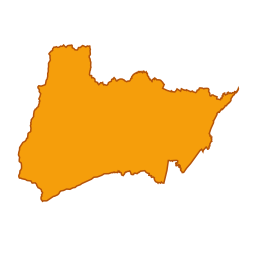 the district of Kui Buri, Prachuap Khiri Khan, Thailand, rotated 4°
{"feature_id": "78962969B26279095645158", "entity_name": "Kui Buri", "entity_type": "district", "adm_level": 2, "iso_a3": "THA", "parent_name": "Thailand", "parent_adm1": "Prachuap Khiri Khan", "projection": "equal_earth", "projection_center": [99.804, 12.111], "detail": "fine", "context": "isolated", "style": "filled", "palette": "amber", "viewbox_px": 256, "rotation_deg": 4, "n_neighbors": 0, "source": "geoboundaries", "source_scale": "gbopen_adm2", "svg_char_len": 5723}
<svg xmlns="http://www.w3.org/2000/svg" viewBox="0 0 256 256"><g transform="rotate(4 128 128)"><path d="M235.3,80.9L235.0,82.0L233.5,84.5L231.9,84.2L231.4,85.3L229.7,85.5L229.3,86.1L228.4,86.4L227.5,85.9L226.9,86.4L225.5,85.3L224.9,85.9L225.0,86.6L224.6,86.4L224.5,87.4L223.5,87.7L223.1,88.2L222.1,87.5L222.0,86.4L221.6,86.5L220.3,87.6L220.6,88.2L220.3,88.8L220.4,89.5L219.8,89.4L219.8,90.6L219.6,90.7L219.5,91.9L218.6,91.8L218.3,93.3L214.5,92.8L214.4,92.4L214.7,90.7L211.6,89.8L210.5,89.1L209.2,89.3L208.5,90.4L207.6,90.0L207.3,89.3L207.3,88.3L206.8,87.1L205.9,86.0L206.0,84.0L205.4,83.1L204.1,82.9L201.6,83.2L201.0,83.6L199.2,83.0L196.8,83.0L196.3,83.4L196.0,84.9L194.4,85.5L194.0,86.9L193.1,88.0L190.3,87.3L189.7,86.6L188.0,87.4L183.8,85.9L183.7,86.5L182.1,86.1L181.6,86.4L178.5,85.1L177.9,87.6L174.2,85.6L173.6,87.0L172.2,88.8L169.5,88.7L169.4,88.3L168.6,87.8L168.2,88.7L164.2,87.7L159.8,86.0L161.1,82.0L160.2,81.4L159.5,80.2L157.2,78.1L155.9,77.8L153.2,77.9L152.7,77.2L151.3,76.3L151.0,77.6L150.2,77.0L149.1,78.1L148.6,78.9L148.8,80.0L148.6,80.0L148.2,79.1L146.8,78.1L146.6,78.3L146.3,78.0L146.2,77.2L145.9,77.2L145.2,76.4L145.0,75.4L144.4,75.0L143.7,74.0L143.5,72.2L142.9,72.2L142.9,71.8L142.4,71.3L142.2,70.7L141.6,71.2L140.9,71.4L139.9,70.3L139.7,70.6L139.2,70.5L139.2,71.1L138.8,71.9L138.1,71.5L138.0,71.1L137.3,71.1L137.0,70.7L136.5,71.1L135.6,71.0L135.6,71.3L135.2,71.0L135.1,71.4L134.2,71.2L133.8,72.1L133.0,72.1L133.1,72.5L132.6,72.8L131.6,72.7L130.5,73.8L129.8,74.1L128.1,76.8L128.3,78.0L127.7,78.1L127.4,78.5L127.3,79.2L126.8,80.4L126.1,81.1L125.1,81.1L124.7,81.5L124.3,81.3L123.4,81.9L121.8,81.3L120.5,80.2L120.0,80.2L119.2,79.7L117.5,79.6L116.0,80.0L115.2,80.6L114.8,80.6L114.0,81.7L113.4,81.9L112.8,81.6L112.3,80.4L110.6,78.7L109.8,79.7L109.8,80.3L108.9,80.3L108.3,80.9L108.1,82.6L106.2,83.5L105.3,84.3L105.0,85.6L104.1,86.7L103.5,86.9L101.4,86.3L100.9,86.7L99.8,85.5L99.5,84.3L98.5,84.9L97.6,84.7L95.9,86.8L95.4,86.1L94.7,85.8L94.5,84.7L91.9,84.0L91.7,82.4L91.3,81.2L89.6,80.2L88.3,80.4L88.1,78.4L87.5,78.1L86.4,78.3L85.8,77.3L86.0,74.0L86.4,72.6L86.5,70.7L86.8,70.1L86.4,68.6L86.3,64.8L85.9,64.3L85.3,61.7L84.3,60.0L84.3,58.7L84.8,58.3L85.3,57.0L84.7,53.4L85.0,52.5L84.4,50.7L84.2,49.0L83.7,48.9L82.7,49.3L81.7,49.0L80.3,50.1L77.1,48.9L75.7,50.0L75.1,50.9L73.0,51.2L72.3,53.4L71.8,53.8L69.6,53.7L68.5,52.5L66.8,51.8L66.5,49.6L66.1,49.2L65.2,49.7L64.4,49.4L63.6,49.9L62.7,49.8L61.8,50.3L60.6,51.8L59.0,50.8L58.0,49.7L56.9,51.0L56.2,51.2L55.1,51.0L53.7,52.2L52.0,52.5L50.8,51.9L49.7,52.5L48.5,52.5L47.3,54.4L47.3,55.9L45.9,56.8L44.0,59.3L44.0,59.7L45.2,61.1L45.3,63.4L45.8,65.7L44.2,69.0L44.5,72.4L44.3,74.4L44.5,76.1L44.5,77.9L44.1,79.0L44.3,82.1L43.9,84.8L43.1,86.1L42.6,90.1L42.2,90.7L38.5,92.3L36.1,92.1L35.3,93.2L35.4,94.2L36.9,96.0L36.9,97.9L38.5,99.8L38.0,102.7L37.1,105.0L37.2,105.6L38.0,106.5L38.1,107.6L37.6,108.0L37.9,109.1L37.1,111.8L37.2,112.8L36.0,113.8L34.9,115.5L34.1,115.8L33.7,117.1L33.2,117.6L32.9,121.7L33.1,123.1L30.9,126.6L31.0,128.1L30.6,129.7L31.0,130.9L30.5,132.2L31.2,134.9L31.2,138.1L30.7,138.8L30.0,139.1L28.7,140.4L28.5,145.1L27.6,145.4L27.3,146.9L26.4,148.3L24.1,149.8L21.3,155.0L21.3,157.6L20.8,159.7L20.6,162.5L21.9,164.7L21.7,167.5L21.9,169.0L24.0,170.5L24.5,173.5L24.6,175.8L24.0,177.3L23.3,178.1L23.1,181.1L22.4,182.9L22.5,184.3L23.2,185.5L24.5,185.5L25.7,186.0L29.3,186.5L31.0,187.4L34.8,187.6L36.2,189.6L39.3,189.2L40.7,190.5L41.0,191.6L42.5,193.8L43.9,194.3L45.7,195.4L46.3,197.3L47.2,198.2L47.1,199.4L46.4,200.7L46.8,201.9L46.1,202.9L46.2,204.8L46.6,205.7L47.4,206.3L47.8,207.1L48.9,206.5L51.4,206.4L52.4,206.1L58.2,201.5L59.6,201.1L62.4,199.6L63.6,198.3L64.6,196.2L65.4,195.5L68.1,194.8L70.9,193.2L74.4,193.2L77.2,191.5L79.4,191.0L81.0,189.4L84.5,187.8L85.7,186.7L95.1,181.6L97.4,179.5L100.7,179.0L105.1,177.0L107.5,175.3L111.8,174.9L114.9,173.6L116.0,173.7L116.2,173.3L117.3,172.9L117.8,173.4L119.5,173.0L120.4,173.3L120.8,173.1L121.2,171.6L122.3,172.6L122.6,172.0L123.3,172.8L124.3,173.2L124.9,175.2L126.5,175.8L127.9,173.6L127.9,173.1L128.7,172.1L129.4,172.1L130.1,171.5L132.0,171.1L132.6,170.7L133.2,171.2L134.5,174.0L135.8,174.2L136.2,173.9L136.8,174.0L137.2,172.9L138.0,172.5L140.3,172.9L141.7,171.5L142.0,171.6L143.5,170.2L147.7,169.4L149.2,171.0L151.0,171.8L152.3,171.9L152.1,173.7L154.6,173.9L154.4,174.8L154.8,175.4L155.2,175.6L155.9,175.2L156.8,175.2L157.8,175.9L157.6,176.5L158.1,177.9L159.1,179.4L159.9,179.9L161.2,180.2L161.8,180.9L162.1,180.3L163.6,180.3L164.3,180.7L165.0,179.5L166.0,180.4L167.6,180.5L169.8,167.4L170.5,157.6L171.8,157.5L172.6,157.9L174.2,157.4L174.7,158.0L175.4,157.3L176.8,157.1L179.0,156.9L179.8,157.2L180.0,158.4L179.5,159.6L179.1,160.0L178.8,159.3L178.2,159.5L178.1,160.2L178.6,160.6L178.4,161.5L178.5,162.2L178.8,162.3L179.4,161.5L180.7,162.2L181.2,161.0L182.4,161.7L182.6,162.3L181.8,162.3L181.7,163.6L182.6,163.8L182.8,164.2L183.3,164.2L183.7,165.2L183.3,166.1L183.9,167.0L184.8,167.7L185.2,168.7L186.1,168.6L186.7,168.3L189.3,163.9L192.9,159.1L201.5,145.3L202.9,144.1L204.4,146.4L204.6,145.0L207.3,141.6L208.0,142.2L208.9,143.6L209.4,143.5L209.8,143.0L210.3,142.2L210.1,140.7L210.3,140.3L210.9,140.1L210.7,138.4L211.8,135.8L212.5,135.4L212.1,134.6L212.3,133.2L211.9,133.1L211.7,132.7L212.2,131.3L211.4,131.2L211.2,130.1L210.3,130.2L210.1,128.5L209.4,128.0L210.7,122.9L212.9,116.9L213.0,115.6L212.6,114.7L213.2,114.3L214.2,112.1L215.8,108.4L215.6,107.4L216.4,106.4L217.1,105.7L217.7,105.9L218.0,106.6L218.0,105.9L219.7,102.9L220.3,102.5L220.6,103.1L221.1,102.7L223.1,100.1L223.5,98.9L224.7,98.9L225.4,97.3L226.3,96.7L226.9,95.7L227.3,95.7L228.7,93.6L228.8,92.8L228.6,91.8L230.5,88.3L231.7,87.3L232.3,85.4L233.2,85.5L233.9,84.8L235.1,82.5L235.4,81.2L235.3,80.9Z" fill="#f59e0b" stroke="#b45309" stroke-width="1.5"/></g></svg>